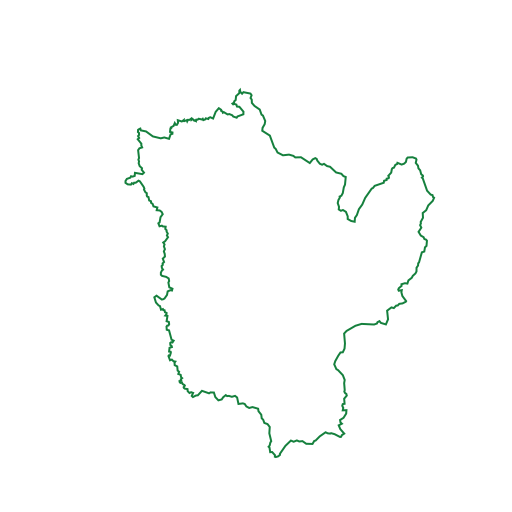 outline of Satipo, Junín, Peru, rotated 30°
{"feature_id": "86281439B96037862179795", "entity_name": "Satipo", "entity_type": "district", "adm_level": 2, "iso_a3": "PER", "parent_name": "Peru", "parent_adm1": "Junín", "projection": "mercator", "projection_center": [-74.176, -11.56], "detail": "fine", "context": "isolated", "style": "outline", "palette": "green", "viewbox_px": 512, "rotation_deg": 30, "n_neighbors": 0, "source": "geoboundaries", "source_scale": "gbopen_adm2", "svg_char_len": 6144}
<svg xmlns="http://www.w3.org/2000/svg" viewBox="0 0 512 512"><g transform="rotate(30 256 256)"><path d="M186.0,127.3L179.7,126.8L175.9,125.5L174.1,122.7L172.3,121.9L171.8,119.0L170.0,118.1L163.2,120.4L162.8,122.4L160.2,121.6L159.1,120.2L158.9,121.1L160.1,123.3L158.8,127.5L160.4,131.1L159.8,133.0L160.3,134.1L159.4,135.8L160.4,136.1L161.2,135.1L163.3,134.7L164.8,136.1L167.0,135.1L173.0,137.3L174.2,139.6L170.2,144.4L170.1,145.9L166.5,146.6L165.1,146.0L162.0,146.4L160.6,147.6L156.2,147.5L155.7,148.5L154.5,147.6L153.2,147.7L152.7,146.8L149.9,146.6L149.0,151.3L150.1,158.4L147.0,158.7L146.0,160.1L146.2,161.2L143.7,161.9L143.8,163.0L142.5,164.6L141.3,163.8L141.0,164.8L137.7,165.8L137.3,167.1L136.2,167.7L136.5,168.9L135.8,168.6L135.0,169.1L135.4,169.5L134.6,169.7L132.5,169.0L132.0,170.4L131.2,169.4L130.3,171.4L129.0,172.1L129.1,173.8L128.1,173.0L126.3,175.2L125.7,175.3L125.4,174.5L124.5,176.6L120.4,177.5L121.9,179.6L121.9,182.0L120.9,182.5L119.2,181.5L119.6,184.5L118.0,187.2L118.6,187.6L118.2,188.6L119.5,191.5L121.9,190.8L122.5,192.0L121.2,193.3L122.1,198.0L117.3,199.2L114.7,201.7L106.9,204.0L98.5,203.1L93.4,204.8L92.1,203.5L91.5,204.3L90.8,205.7L91.8,207.7L93.1,207.9L94.2,209.6L93.9,211.1L95.8,212.2L95.2,214.0L100.6,216.1L101.3,217.5L103.1,218.9L101.2,221.0L101.0,223.3L105.7,229.6L106.0,231.4L107.4,232.5L108.0,234.3L110.3,236.3L113.4,237.0L113.9,238.5L117.3,239.8L116.7,241.9L109.6,244.5L110.9,247.3L109.4,249.0L107.9,249.4L108.0,251.0L105.6,253.8L105.5,256.3L106.4,257.9L109.1,258.1L112.0,256.7L112.1,255.0L113.8,254.9L113.8,253.5L115.2,252.7L116.6,249.5L118.1,249.4L124.0,252.2L125.6,253.4L125.8,254.5L128.4,256.1L130.0,256.2L131.2,258.3L132.0,258.9L133.4,258.7L135.7,261.3L137.7,261.1L138.5,262.4L140.5,262.6L142.4,264.3L146.3,263.3L147.1,266.0L149.9,264.7L152.2,265.0L154.3,266.4L153.9,270.1L155.7,275.1L155.1,276.5L157.6,278.5L159.3,276.8L160.4,277.0L163.1,275.8L163.9,277.9L165.7,278.4L166.4,279.6L168.4,280.7L168.6,282.8L170.4,283.7L169.9,288.7L168.9,290.7L171.0,291.7L171.4,293.7L173.7,295.6L173.9,298.1L175.9,299.8L177.4,302.0L176.6,304.9L179.4,307.2L178.8,309.1L179.7,310.3L179.3,311.9L180.5,313.4L182.3,314.3L181.8,315.3L181.9,317.9L183.0,319.8L184.6,320.2L188.6,319.0L191.6,319.1L193.3,321.1L193.4,322.8L196.6,326.5L200.0,326.1L200.5,327.9L199.0,328.4L197.2,330.8L198.4,334.2L198.0,338.6L197.2,339.9L196.2,340.8L189.7,340.1L188.6,342.6L192.6,346.3L196.3,347.5L197.9,347.4L200.6,350.0L201.9,348.5L202.8,349.2L203.9,348.7L205.3,350.2L207.0,350.0L207.6,351.2L207.3,352.9L209.3,352.2L211.2,357.2L213.5,356.7L214.9,358.5L214.9,360.0L213.9,360.7L213.8,361.9L215.6,364.5L217.9,363.9L224.7,370.7L227.0,370.5L226.9,372.7L225.7,373.0L225.2,374.2L226.3,375.9L227.9,376.1L228.7,376.9L227.0,378.7L228.5,382.2L230.0,381.6L230.6,382.3L231.3,385.3L230.2,385.7L230.2,386.4L233.7,389.3L234.9,387.8L237.1,388.4L238.9,387.8L238.8,389.2L240.2,391.2L243.0,391.0L245.4,394.4L247.3,394.7L247.7,397.0L250.2,396.6L251.7,398.4L253.1,398.7L252.5,400.4L253.6,401.3L252.3,402.6L253.0,403.4L254.0,403.7L255.2,402.7L256.6,403.6L258.5,403.5L259.2,403.9L258.9,405.8L259.5,406.3L260.6,406.5L263.2,405.5L264.4,407.2L266.9,407.9L267.9,406.4L270.0,406.0L270.3,409.3L271.9,409.7L273.7,406.9L275.3,405.7L276.6,399.8L284.0,398.4L284.8,396.9L287.8,395.3L291.3,398.5L295.6,399.8L298.0,397.4L298.2,394.7L299.4,391.6L301.0,391.8L302.5,390.7L305.5,390.0L307.8,387.6L310.4,388.0L314.8,392.9L318.3,390.2L320.2,389.8L322.9,391.1L326.1,391.0L328.5,388.6L334.2,387.2L335.8,389.2L339.9,390.8L342.1,393.7L344.1,394.2L346.7,396.4L350.0,395.8L353.4,397.2L356.2,402.9L361.8,408.8L361.7,410.4L362.6,413.3L362.3,414.9L363.5,415.2L366.4,418.8L368.0,417.7L372.0,419.0L372.7,420.4L373.7,420.2L375.4,418.4L376.2,416.2L375.6,415.3L376.4,405.7L378.5,398.4L381.5,398.0L383.6,395.3L386.2,395.0L388.8,393.1L393.4,393.5L398.9,390.5L398.9,387.1L399.9,386.0L401.4,380.3L404.4,373.9L406.8,373.7L409.1,372.7L409.6,371.9L413.1,371.0L419.3,370.7L420.1,370.0L419.9,368.3L421.2,365.7L415.6,363.8L412.3,361.3L414.2,358.3L412.4,357.9L410.8,356.0L412.7,352.4L412.9,347.4L411.4,344.3L408.3,346.3L407.5,343.9L405.6,342.6L405.2,340.9L406.6,339.7L403.7,335.5L404.4,331.5L403.1,330.2L401.8,330.2L400.3,329.3L399.9,327.8L395.9,322.0L394.8,319.0L390.8,315.8L384.1,313.8L382.2,313.8L377.9,310.7L377.2,307.4L377.1,301.2L377.4,297.3L379.3,296.0L379.0,292.0L376.8,287.3L371.1,279.1L371.9,275.6L377.0,266.7L381.4,262.0L392.5,256.3L394.5,254.0L394.3,252.6L395.5,250.7L397.6,251.5L402.7,250.3L402.0,244.8L396.9,237.8L399.0,232.8L401.4,232.2L402.2,228.9L403.5,228.0L404.0,225.8L406.6,223.8L408.6,220.7L408.6,220.0L402.8,217.5L400.1,214.8L399.3,212.7L397.0,214.7L396.0,214.0L395.8,212.5L397.0,209.1L396.1,207.7L398.6,205.1L400.9,204.2L400.2,200.9L401.8,197.0L401.7,194.8L402.8,191.4L402.7,189.1L400.9,185.9L401.1,183.2L400.1,181.2L400.4,180.1L397.8,169.9L399.5,168.0L398.0,164.0L398.6,162.0L396.4,157.3L395.2,156.8L393.3,157.1L391.7,155.9L388.5,155.9L384.7,153.8L385.0,148.8L382.7,147.2L382.5,145.3L381.6,144.2L381.5,139.4L378.9,135.4L380.5,131.3L379.9,126.1L381.5,119.9L381.1,116.5L379.8,116.4L378.4,115.0L376.6,115.5L371.5,113.9L361.5,105.3L360.5,105.2L360.8,103.5L360.3,102.9L358.2,102.6L355.3,99.7L352.9,98.9L351.1,96.8L347.8,95.5L346.8,92.3L345.8,91.6L342.2,92.2L338.1,94.9L337.8,96.4L338.8,99.6L338.1,102.0L336.4,104.0L331.9,104.6L332.2,105.8L331.1,107.4L331.3,110.5L330.3,111.6L330.2,112.8L331.4,116.2L330.5,120.4L331.7,121.2L332.0,122.3L330.5,123.7L331.1,124.9L329.3,126.8L330.0,128.7L323.7,135.9L323.3,138.6L322.5,139.8L321.5,151.1L322.3,158.3L321.7,164.0L322.9,170.2L322.6,173.4L324.3,177.0L320.9,178.1L316.9,178.1L315.6,175.8L311.8,172.8L308.3,172.7L306.9,174.4L304.4,174.3L303.3,171.9L300.3,169.3L299.4,166.3L299.4,163.5L298.7,162.7L299.8,161.1L299.7,158.1L297.7,152.6L297.4,149.7L294.2,142.7L291.8,143.1L288.8,142.1L283.6,143.6L275.5,141.7L272.6,142.6L268.8,142.2L267.6,143.9L265.2,144.2L261.3,142.7L260.0,141.6L258.4,141.6L256.8,144.0L256.1,148.6L245.6,148.0L240.7,151.0L238.3,150.6L233.9,151.7L229.0,155.3L222.9,155.6L219.5,153.4L217.6,153.0L207.8,144.8L198.8,144.4L197.6,141.7L197.6,137.5L196.5,134.5L191.8,130.9L190.1,130.8L186.0,127.3Z" fill="none" stroke="#15803d" stroke-width="2"/></g></svg>